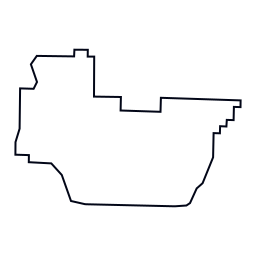 outline of Irwin, Georgia, United States of America
{"feature_id": "52423323B58689815854296", "entity_name": "Irwin", "entity_type": "district", "adm_level": 2, "iso_a3": "USA", "parent_name": "United States of America", "parent_adm1": "Georgia", "projection": "albers", "projection_center": [-83.258, 31.621], "detail": "fine", "context": "isolated", "style": "outline", "palette": "ink", "viewbox_px": 256, "rotation_deg": 0, "n_neighbors": 0, "source": "geoboundaries", "source_scale": "gbopen_adm2", "svg_char_len": 585}
<svg xmlns="http://www.w3.org/2000/svg" viewBox="0 0 256 256"><path d="M174.8,206.3L186.4,205.5L190.0,203.1L196.7,188.4L202.6,183.2L213.1,157.3L213.6,133.1L219.9,133.3L220.1,126.2L226.4,126.5L226.8,119.9L233.6,120.1L233.9,106.9L240.5,107.1L240.6,100.4L160.9,97.8L160.5,111.8L120.6,110.5L120.9,97.0L94.0,96.6L94.2,56.6L87.7,56.6L87.8,49.8L74.4,49.7L74.1,56.4L36.8,55.9L30.9,64.3L37.0,82.0L33.6,88.8L20.1,88.4L19.6,128.7L15.5,142.1L15.4,154.7L28.9,155.1L28.8,162.2L51.3,163.4L61.8,175.0L71.0,201.0L85.1,204.2L88.1,204.3L174.8,206.3Z" fill="none" stroke="#020617" stroke-width="2"/></svg>